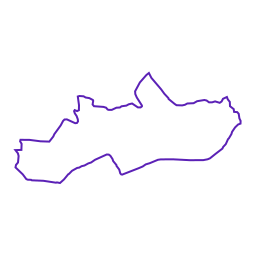 El Progreso, Jutiapa, Guatemala (Natural Earth projection), rotated 270°
{"feature_id": "79465075B52166049172952", "entity_name": "El Progreso", "entity_type": "district", "adm_level": 2, "iso_a3": "GTM", "parent_name": "Guatemala", "parent_adm1": "Jutiapa", "projection": "natural_earth1", "projection_center": [-89.846, 14.381], "detail": "fine", "context": "isolated", "style": "outline", "palette": "violet", "viewbox_px": 256, "rotation_deg": 270, "n_neighbors": 0, "source": "geoboundaries", "source_scale": "gbopen_adm2", "svg_char_len": 1793}
<svg xmlns="http://www.w3.org/2000/svg" viewBox="0 0 256 256"><g transform="rotate(270 128 128)"><path d="M183.0,148.9L181.0,146.4L173.6,139.9L164.7,135.1L161.9,135.3L158.5,136.8L150.5,141.9L149.6,141.9L148.6,140.6L148.6,137.9L152.5,132.1L151.7,128.7L150.4,126.4L149.7,121.5L148.5,119.9L148.3,116.4L146.1,111.7L146.1,108.8L146.5,107.6L148.3,106.1L149.1,103.5L149.8,94.0L151.5,92.6L155.2,93.2L156.0,92.9L157.9,89.3L158.5,85.6L159.7,83.6L160.0,79.5L159.5,77.8L150.8,79.0L145.8,78.9L144.9,77.1L145.9,74.7L144.9,74.1L142.7,74.8L140.0,76.6L136.7,77.8L134.6,78.0L133.0,76.9L132.8,75.2L136.6,66.9L136.5,64.5L135.1,63.1L130.6,60.7L121.8,54.3L119.5,53.3L114.4,49.3L114.7,40.5L116.1,29.6L116.2,20.5L114.7,20.1L112.2,21.6L106.1,21.4L105.9,15.4L102.7,17.9L100.0,18.6L93.5,18.0L91.1,16.0L88.6,15.5L81.6,22.8L76.9,26.3L76.3,27.8L76.2,31.0L75.7,31.8L75.2,43.5L73.3,56.0L73.6,56.9L73.0,60.0L76.6,64.0L81.8,68.3L82.1,69.0L85.2,72.0L88.1,77.2L88.4,79.2L89.8,81.6L90.5,84.5L92.6,88.3L93.5,91.1L96.2,95.0L101.5,106.7L101.4,108.8L100.2,110.4L97.0,112.5L94.9,113.2L91.0,116.4L90.1,116.5L86.5,119.2L82.6,120.3L81.6,121.2L81.4,122.2L87.7,138.4L89.5,142.7L91.6,145.7L92.8,149.7L96.2,157.9L96.6,160.7L96.7,172.7L95.8,190.0L95.9,203.4L96.7,207.6L97.7,210.0L102.1,215.5L107.4,222.4L109.1,223.2L111.9,225.8L116.8,228.0L117.7,228.9L121.9,231.4L124.2,232.1L128.6,235.1L131.5,238.1L132.4,240.5L135.1,240.6L137.6,239.4L142.2,238.7L143.9,237.2L144.1,234.1L146.9,233.7L149.8,230.0L154.1,229.8L156.6,227.8L159.0,226.9L157.2,223.0L154.5,221.6L153.2,219.7L154.6,215.1L153.7,212.2L153.7,209.0L155.5,206.6L156.0,204.4L154.8,197.1L152.8,193.6L152.5,187.3L151.2,184.9L150.6,182.2L150.8,176.5L152.1,174.6L157.0,168.6L157.9,168.4L162.3,164.3L166.7,161.1L178.1,151.4L183.0,148.9Z" fill="none" stroke="#5b21b6" stroke-width="2"/></g></svg>